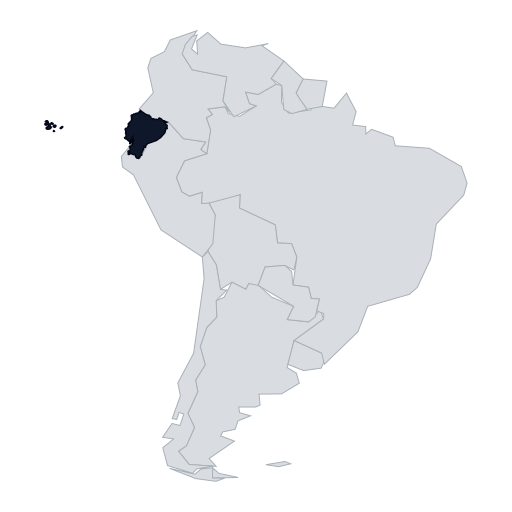 Ecuador highlighted on a map of South America
{"feature_id": "ECU", "entity_name": "Ecuador", "entity_type": "country or territory", "adm_level": 0, "iso_a3": "ECU", "parent_name": "South America", "parent_adm1": "", "projection": "albers", "projection_center": [-81.617, -1.768], "detail": "fine", "context": "in_parent", "style": "filled", "palette": "ink", "viewbox_px": 512, "rotation_deg": 0, "n_neighbors": 12, "source": "natural_earth", "source_scale": "50m", "svg_char_len": 8236}
<svg xmlns="http://www.w3.org/2000/svg" viewBox="0 0 512 512"><path d="M212.6,467.7L218.9,473.4L238.2,477.5L212.5,478.0L212.6,467.7ZM294.1,340.5L287.2,367.6L296.3,373.1L299.3,383.2L281.4,393.9L259.0,394.1L260.1,405.1L255.8,407.0L238.7,407.0L239.6,412.7L250.5,415.8L238.0,420.8L235.1,429.3L222.7,431.9L220.6,435.9L234.4,441.1L209.1,458.5L216.1,466.4L189.2,464.5L178.5,451.2L186.4,445.8L194.5,427.5L187.9,413.3L197.8,391.7L195.6,380.1L205.2,364.8L200.2,346.6L206.8,327.4L216.8,317.0L216.1,300.7L224.1,297.3L232.0,282.1L245.8,289.1L248.7,283.5L257.1,283.9L271.5,297.1L293.7,306.4L287.3,319.6L308.6,321.9L320.3,309.6L323.5,319.1L294.1,340.5Z" fill="#d9dde1" stroke="#a8b0b8" stroke-width="1"/><path d="M212.6,467.7L212.5,478.0L224.5,478.2L216.0,481.3L195.6,478.6L169.5,468.3L194.9,474.2L200.9,469.0L212.6,467.7ZM208.1,251.5L216.4,264.7L220.6,289.3L226.7,290.1L216.1,300.7L216.8,317.0L206.8,327.4L200.2,346.6L205.2,364.8L195.6,380.1L197.8,391.7L187.9,413.3L194.5,427.5L186.4,445.8L178.5,451.2L189.2,464.5L213.1,466.1L196.8,468.8L192.6,473.2L167.5,465.6L162.8,447.8L173.5,438.9L162.6,437.3L172.0,423.5L180.0,425.5L183.8,414.0L179.0,412.4L176.7,419.5L172.2,418.6L180.4,395.7L177.8,383.0L193.6,353.3L204.1,278.7L202.3,257.0L208.1,251.5Z" fill="#d9dde1" stroke="#a8b0b8" stroke-width="1"/><path d="M265.9,464.7L285.0,461.5L290.6,463.8L278.8,466.7L265.9,464.7Z" fill="#d9dde1" stroke="#a8b0b8" stroke-width="1"/><path d="M294.1,340.5L321.7,353.1L325.8,357.6L321.2,368.1L303.7,370.6L287.8,364.3L294.1,340.5Z" fill="#d9dde1" stroke="#a8b0b8" stroke-width="1"/><path d="M324.4,364.2L321.7,353.1L294.1,340.5L323.5,319.1L323.8,313.6L316.6,310.8L319.3,299.0L311.2,298.4L308.6,287.2L293.0,285.0L296.8,257.2L291.6,243.6L277.5,243.0L275.3,224.9L239.5,208.1L240.1,194.7L218.3,203.7L201.5,203.5L202.1,192.3L189.5,196.3L181.8,191.9L176.3,177.5L184.5,160.8L206.8,153.7L210.6,130.1L206.3,117.7L212.3,114.5L207.9,109.0L224.9,106.8L228.4,113.6L239.7,116.3L256.1,106.0L249.4,103.7L245.5,92.1L258.3,94.4L276.2,84.1L281.8,85.6L281.5,102.3L288.4,113.1L311.1,109.9L311.4,104.8L334.0,108.2L346.5,93.1L356.1,111.6L352.6,125.0L365.7,126.6L365.8,134.0L371.6,129.3L393.1,137.2L395.3,145.8L429.4,148.3L461.3,166.5L467.1,183.1L463.7,195.2L436.3,224.1L430.6,258.9L417.3,287.4L409.4,294.3L367.7,306.3L357.9,331.8L324.4,364.2Z" fill="#d9dde1" stroke="#a8b0b8" stroke-width="1"/><path d="M209.0,203.1L240.1,194.7L239.5,208.1L275.3,224.9L277.5,243.0L291.6,243.6L296.8,257.2L293.9,270.0L284.8,265.4L265.1,267.0L258.2,285.4L248.7,283.5L245.8,289.1L232.0,282.1L220.6,289.3L216.4,264.7L208.1,251.5L215.3,215.1L209.0,203.1Z" fill="#d9dde1" stroke="#a8b0b8" stroke-width="1"/><path d="M206.8,153.7L184.5,160.8L176.3,177.5L181.8,191.9L189.5,196.3L202.1,192.3L201.5,203.5L209.0,203.1L215.3,215.1L212.8,243.8L202.3,257.0L161.0,229.9L133.5,174.9L122.5,167.0L121.3,156.6L129.5,146.6L128.5,154.3L141.9,155.2L147.9,143.7L165.0,133.0L168.3,121.8L183.4,138.7L205.8,142.0L200.9,149.5L206.8,153.7Z" fill="#d9dde1" stroke="#a8b0b8" stroke-width="1"/><path d="M229.8,112.7L224.9,106.8L207.9,109.0L212.3,114.5L206.3,117.7L210.6,130.1L206.8,153.7L200.9,149.5L205.8,142.0L183.4,138.7L168.3,121.8L151.0,118.4L139.4,108.7L153.3,92.8L147.8,67.9L150.9,58.4L164.4,51.7L170.3,39.9L196.8,30.7L182.2,54.0L192.2,69.8L226.8,76.8L223.0,100.9L229.8,112.7Z" fill="#d9dde1" stroke="#a8b0b8" stroke-width="1"/><path d="M276.2,84.1L258.3,94.4L245.5,92.1L249.4,103.7L256.1,106.0L233.9,116.7L223.0,100.9L226.8,76.8L192.2,69.8L182.2,54.0L185.3,44.5L192.4,36.2L197.2,35.0L191.5,48.8L197.6,54.2L196.7,40.9L207.7,32.4L220.8,44.1L245.6,47.9L268.3,43.6L261.9,45.7L283.9,61.0L271.2,78.5L276.2,84.1Z" fill="#d9dde1" stroke="#a8b0b8" stroke-width="1"/><path d="M307.1,109.2L292.0,113.6L283.8,109.6L281.8,85.6L271.2,78.5L283.9,61.0L303.2,79.0L296.2,93.0L307.1,109.2Z" fill="#d9dde1" stroke="#a8b0b8" stroke-width="1"/><path d="M322.2,106.5L307.1,109.2L299.4,98.4L296.2,93.0L303.2,79.0L327.0,81.1L322.2,106.5Z" fill="#d9dde1" stroke="#a8b0b8" stroke-width="1"/><path d="M291.6,271.4L293.0,285.0L308.6,287.2L311.2,298.4L319.3,299.0L315.3,316.8L308.6,321.9L287.3,319.6L293.7,306.4L258.2,285.4L265.1,267.0L284.8,265.4L291.6,271.4Z" fill="#d9dde1" stroke="#a8b0b8" stroke-width="1"/><path d="M167.0,122.2L166.5,122.5L166.1,122.5L165.5,122.6L164.7,122.3L164.4,122.3L164.4,122.6L164.9,122.9L165.4,123.3L165.6,123.8L165.9,124.4L166.6,125.2L167.1,125.5L167.1,125.8L167.0,126.3L166.9,126.7L167.2,128.5L166.7,128.6L166.2,128.4L165.9,128.6L165.7,129.4L165.2,131.2L164.8,132.8L164.2,133.4L163.5,134.3L162.4,135.5L160.9,137.3L159.8,138.1L158.9,138.7L157.8,139.5L156.5,140.4L155.0,141.0L152.9,141.7L151.4,142.3L150.3,142.6L149.2,143.0L147.7,143.5L147.1,144.0L146.1,145.2L145.7,145.8L145.3,146.3L145.2,146.5L145.4,146.9L145.5,147.1L145.2,147.3L144.8,147.2L144.8,146.9L144.5,146.6L144.2,146.6L144.1,146.9L143.7,148.1L143.7,148.7L143.5,148.9L143.5,149.4L143.1,149.9L143.0,150.4L142.8,150.8L142.5,151.0L142.4,151.4L142.1,152.3L141.8,153.0L141.6,153.5L141.5,154.0L141.7,154.3L141.8,154.5L141.6,155.0L141.5,155.3L141.1,155.5L140.2,156.1L139.9,156.4L139.7,156.8L139.8,157.2L139.8,157.5L139.4,157.6L139.2,157.9L138.9,158.3L138.6,158.5L137.8,158.2L137.2,158.2L136.7,158.0L136.2,157.4L135.8,156.8L135.5,156.1L135.3,155.1L134.9,154.8L134.4,154.5L133.9,154.6L133.3,154.6L132.9,154.4L132.0,154.0L131.3,153.5L130.7,153.3L130.3,153.4L130.0,153.7L129.6,154.2L128.9,154.5L128.6,154.5L128.2,154.3L128.1,154.0L128.5,153.6L129.1,152.6L128.4,152.6L128.1,152.3L128.1,152.0L128.0,151.6L128.1,151.2L128.5,150.9L129.1,151.1L129.5,151.1L129.8,150.7L130.0,150.5L130.3,150.4L130.4,150.2L130.1,149.5L130.1,149.1L130.1,148.9L130.1,148.5L130.1,148.2L130.0,147.9L129.9,147.5L129.8,147.3L129.7,147.1L129.7,146.8L129.5,146.7L129.4,146.5L129.5,146.4L130.6,146.0L131.0,145.7L131.6,145.3L132.0,144.8L132.4,144.3L133.1,142.0L133.8,140.5L133.7,139.8L133.1,138.8L133.0,137.4L133.0,137.0L133.0,136.7L132.6,137.3L132.7,139.3L132.3,140.3L131.9,140.5L131.5,140.3L131.7,138.8L131.4,139.1L130.8,140.1L129.9,140.9L129.9,141.1L129.7,141.4L129.0,141.2L128.4,140.8L126.7,139.1L125.5,138.8L124.8,138.2L124.7,137.9L124.6,137.6L125.3,137.2L126.0,136.7L126.1,135.7L126.1,134.9L125.6,133.4L125.8,131.6L125.7,130.9L125.1,129.3L125.5,128.5L127.1,128.0L127.7,127.6L128.0,126.4L128.4,125.6L129.1,125.9L129.7,125.9L128.9,125.6L128.3,124.5L128.2,124.0L129.4,122.5L130.0,122.1L130.8,121.3L131.5,120.1L131.6,118.2L131.4,116.9L131.2,115.5L131.5,115.1L132.5,114.9L133.3,114.4L133.7,114.0L134.7,114.1L135.8,113.4L137.6,113.1L140.0,112.3L140.6,111.7L140.3,110.5L140.6,110.6L141.2,111.2L141.7,111.8L142.4,112.1L142.9,112.4L144.4,113.5L145.4,114.1L146.5,114.6L148.0,115.2L149.0,115.1L149.2,115.5L149.4,115.9L149.7,116.2L150.3,116.4L150.6,116.5L151.0,118.2L151.2,118.4L152.0,118.7L152.9,118.8L153.3,118.7L154.2,119.1L154.8,119.4L155.5,119.5L155.9,119.6L156.1,119.5L156.2,119.3L156.6,119.4L157.1,119.6L158.0,119.6L158.5,119.4L158.5,119.1L158.6,118.6L158.8,118.4L159.3,118.0L159.6,118.1L161.1,118.8L161.4,119.1L161.8,119.5L162.5,120.3L163.3,120.7L164.5,120.9L165.6,121.7L167.0,122.2ZM47.7,121.4L48.2,121.9L48.5,123.2L50.0,124.7L50.2,125.5L50.0,125.9L50.1,126.0L50.8,126.6L51.3,127.2L50.5,128.6L48.8,129.2L47.1,129.2L46.7,129.0L46.2,128.5L46.1,128.0L46.4,127.5L47.3,126.8L48.7,126.2L48.9,125.7L48.3,125.3L47.9,124.4L47.0,123.7L46.6,121.8L46.3,121.7L45.7,121.9L45.4,121.7L46.0,121.1L46.1,120.8L47.1,120.7L47.5,120.9L47.7,121.4ZM54.8,127.3L54.4,127.3L53.2,126.6L53.3,125.9L53.7,125.4L55.2,125.1L55.9,125.6L55.8,126.4L55.3,127.0L54.9,127.2L54.8,127.3ZM130.8,143.4L130.6,143.7L129.9,143.7L129.7,143.6L129.7,143.3L129.9,142.2L130.1,141.8L130.7,141.4L131.2,141.2L131.8,141.2L132.4,141.6L131.7,142.3L131.2,142.4L131.1,142.5L130.8,143.4ZM46.6,125.0L45.9,125.2L45.2,124.9L45.0,124.5L44.9,123.9L45.0,123.7L46.3,123.5L46.8,124.0L46.8,124.7L46.6,125.0ZM61.6,128.3L60.7,128.6L60.4,128.4L60.2,128.3L60.2,128.1L60.7,127.6L61.1,127.4L61.6,126.9L62.3,126.5L62.6,126.6L62.8,126.9L62.5,127.3L62.0,127.6L61.6,128.3ZM53.0,124.0L52.6,124.3L51.2,124.0L50.8,123.6L51.1,123.0L51.4,122.7L52.3,123.0L53.1,123.6L53.0,124.0ZM54.1,131.5L53.8,131.5L53.4,131.2L53.7,130.6L54.1,130.8L54.3,130.9L54.5,131.2L54.1,131.5ZM140.0,112.0L139.5,112.0L139.3,111.7L139.9,111.3L140.0,111.2L140.0,112.0Z" fill="#0f172a" stroke="#020617" stroke-width="1.5"/></svg>